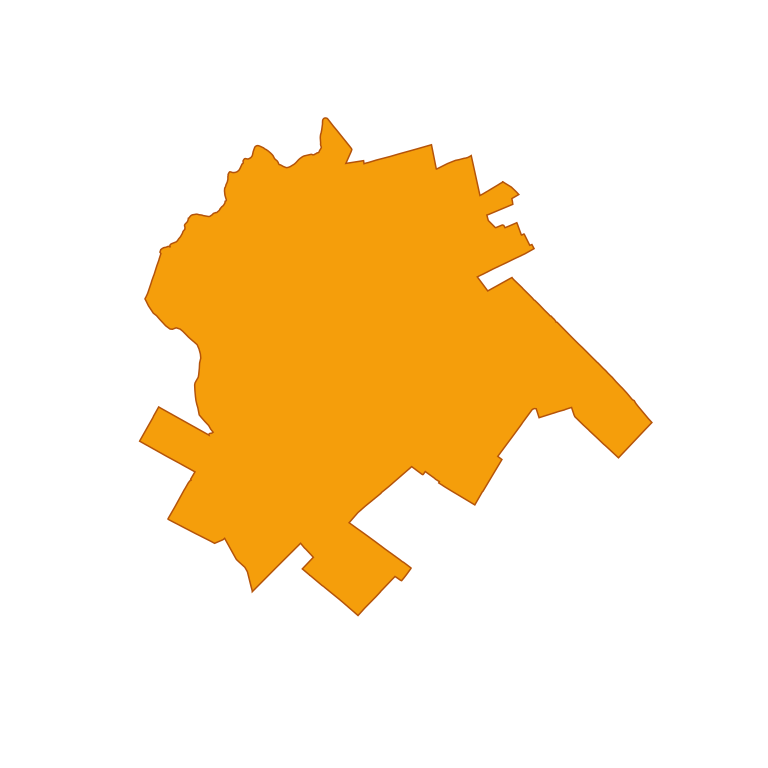 Ileana, Calarasi, Romania, rotated 115°
{"feature_id": "2599482B99093410988413", "entity_name": "Ileana", "entity_type": "district", "adm_level": 2, "iso_a3": "ROU", "parent_name": "Romania", "parent_adm1": "Calarasi", "projection": "orthographic", "projection_center": [26.682, 44.52], "detail": "fine", "context": "isolated", "style": "filled", "palette": "amber", "viewbox_px": 768, "rotation_deg": 115, "n_neighbors": 0, "source": "geoboundaries", "source_scale": "gbopen_adm2", "svg_char_len": 6135}
<svg xmlns="http://www.w3.org/2000/svg" viewBox="0 0 768 768"><g transform="rotate(115 384 384)"><path d="M539.1,581.3L541.4,550.5L542.1,538.7L543.5,518.2L544.6,518.3L552.0,519.0L552.6,518.2L554.0,519.1L556.4,519.6L563.6,520.2L563.9,520.3L583.7,521.6L597.4,522.8L597.8,522.6L597.9,522.4L599.2,492.0L599.7,474.9L600.0,470.2L593.5,464.4L592.6,463.8L591.2,463.2L603.8,445.9L605.3,443.8L605.5,443.4L606.6,440.1L608.9,432.7L610.0,431.1L611.8,428.6L612.2,428.2L623.7,418.9L627.0,416.1L627.9,415.6L595.3,403.9L563.6,392.3L566.2,386.8L566.8,384.9L570.9,374.8L586.1,379.9L588.5,371.0L588.8,370.5L588.8,369.7L589.1,368.6L592.8,354.9L592.9,354.0L598.3,332.5L600.2,325.7L604.8,309.7L595.1,306.7L579.5,301.2L573.9,299.4L573.8,299.5L562.6,295.7L558.1,294.2L554.5,292.9L553.8,292.7L554.2,289.9L554.8,286.7L554.9,285.8L554.8,284.9L551.4,284.0L547.0,283.0L539.7,281.6L539.3,281.8L537.3,291.0L537.3,291.5L537.3,292.2L536.5,295.6L533.2,312.9L530.5,325.7L527.9,338.9L526.1,348.7L524.5,357.0L511.6,353.3L502.7,349.4L484.4,340.6L483.3,340.4L475.1,336.4L447.2,324.0L449.7,311.9L449.8,311.0L449.7,310.5L449.3,310.2L445.9,309.6L448.1,298.2L448.5,297.2L449.1,292.5L450.5,292.6L451.5,285.6L452.4,277.7L455.2,250.6L440.0,249.3L439.5,249.0L402.6,245.2L401.5,250.3L374.1,244.7L362.0,242.3L360.9,242.2L344.6,238.9L344.0,238.5L342.8,237.5L342.1,235.6L349.0,229.2L335.1,214.1L331.0,209.3L330.6,209.1L326.6,204.8L326.0,204.1L331.6,198.8L333.0,197.2L337.1,185.5L338.7,180.4L339.2,178.9L339.6,178.0L343.1,167.2L345.2,161.1L345.8,159.3L346.2,157.7L351.8,140.3L313.6,127.6L305.7,124.9L303.6,129.9L296.8,144.4L295.1,147.7L293.4,150.1L293.3,150.6L293.3,151.3L293.2,152.3L292.5,153.9L290.7,157.7L289.5,160.3L288.8,162.0L287.0,166.3L286.2,168.6L283.8,174.8L281.8,179.3L281.6,179.6L280.9,181.8L279.5,185.7L278.4,188.2L277.0,192.4L274.4,199.2L274.4,199.6L271.7,207.1L267.3,219.1L265.5,224.6L263.8,229.3L260.9,237.2L259.0,242.2L254.9,253.2L255.2,254.2L255.0,254.4L254.4,255.2L253.4,257.1L252.6,259.5L251.9,261.1L251.9,261.7L252.0,262.7L251.8,263.0L251.6,263.3L251.1,264.6L249.2,270.0L246.6,276.6L244.5,282.6L244.4,283.8L243.5,285.6L242.6,288.0L238.8,298.6L238.5,299.1L234.7,310.2L233.9,312.2L233.4,313.0L235.1,314.3L255.8,329.3L247.5,344.7L244.6,342.4L242.6,340.7L234.1,334.1L220.7,323.0L216.2,319.4L206.3,311.2L197.9,305.2L195.1,308.9L196.7,310.5L188.9,320.3L188.9,320.5L189.0,320.7L190.8,322.1L190.8,322.4L190.7,322.7L182.7,330.7L181.7,331.8L188.1,337.5L191.2,340.4L189.7,342.4L189.7,343.2L189.8,343.8L190.3,344.4L195.0,348.7L195.2,349.2L191.9,358.2L191.5,358.8L187.4,362.2L186.1,360.8L166.7,343.2L164.2,344.8L161.9,346.5L155.3,341.9L154.0,345.1L151.7,351.8L150.8,359.9L150.5,361.7L150.6,362.0L150.9,361.9L151.4,362.0L152.7,363.1L155.8,365.1L170.1,374.8L172.6,376.7L140.1,401.5L140.9,402.0L141.6,402.5L143.3,403.8L143.9,404.5L144.8,405.5L145.6,406.8L148.9,410.7L151.1,413.7L153.4,415.9L157.5,419.7L166.9,427.1L167.0,427.5L147.1,442.1L157.1,453.6L169.4,468.0L175.3,474.7L184.3,485.6L189.9,491.8L191.3,493.6L192.8,495.2L190.2,496.9L200.2,511.8L187.5,512.0L185.2,512.2L184.7,512.6L184.3,513.2L183.1,515.5L173.8,534.4L171.7,538.9L167.5,547.1L167.3,547.6L167.4,548.8L167.8,549.9L168.8,550.8L170.0,551.1L171.1,551.0L172.9,550.3L174.4,549.6L179.8,547.9L183.0,547.1L184.2,547.0L185.4,546.7L187.1,546.1L188.0,545.7L192.3,543.3L193.6,542.8L194.6,542.1L195.8,540.9L197.3,540.7L199.5,541.0L201.5,541.0L202.1,541.3L202.5,541.8L202.8,542.3L204.4,543.3L204.9,543.8L205.9,544.4L206.4,545.4L206.4,545.8L206.4,546.5L206.7,547.2L211.0,552.7L211.6,553.3L212.7,554.1L215.0,555.4L216.8,556.2L220.4,557.3L222.6,558.2L226.8,561.0L228.3,562.5L229.2,563.9L229.4,567.2L229.2,569.6L229.2,570.9L229.4,571.5L229.1,572.4L227.9,573.6L227.0,575.0L226.2,577.9L225.8,578.7L224.0,581.0L223.5,582.0L222.7,584.1L221.8,587.2L221.3,590.0L221.4,590.6L221.2,591.7L220.9,593.0L220.9,594.2L220.9,596.5L221.0,598.1L221.2,598.9L221.5,599.6L222.1,600.3L223.0,600.9L224.0,601.2L228.4,600.8L232.5,599.9L233.8,600.0L235.2,600.4L237.2,601.9L237.7,602.6L238.3,605.0L238.7,605.5L239.4,605.8L240.7,606.0L241.5,606.0L242.9,605.1L243.8,605.1L244.5,605.6L244.9,605.6L249.6,605.6L251.5,605.8L253.3,606.6L254.0,607.1L254.8,607.9L255.5,608.8L255.7,609.4L256.1,609.8L256.5,611.4L256.5,612.0L256.8,613.3L257.1,613.6L257.9,613.8L259.9,613.9L260.7,613.4L261.6,613.3L264.4,612.0L267.3,611.4L270.2,611.4L271.0,611.2L272.7,611.0L273.2,611.0L273.4,611.1L273.7,611.2L276.6,610.1L277.3,609.6L278.5,609.0L278.8,608.7L279.4,608.4L279.7,608.1L279.9,608.1L282.1,606.2L283.6,604.8L284.2,604.5L285.2,604.8L285.5,605.2L287.2,604.7L289.4,604.9L290.8,605.3L291.9,605.9L294.1,606.5L294.5,606.4L294.9,606.7L296.1,606.6L299.2,608.0L299.6,608.5L299.9,609.1L300.4,609.5L300.6,609.8L301.5,610.7L303.3,611.3L305.7,612.7L306.3,613.6L306.5,614.3L307.8,619.2L307.8,619.9L308.1,621.2L308.8,623.3L308.9,624.4L309.1,625.1L309.4,625.9L310.1,626.9L311.6,629.1L312.4,629.8L313.3,630.3L314.8,630.7L315.8,630.8L316.4,631.4L316.8,631.3L317.2,631.1L317.7,631.0L318.9,630.8L320.1,630.8L323.4,631.9L324.3,631.9L325.0,631.6L325.9,630.7L327.7,630.0L328.1,629.9L330.0,630.5L331.0,630.6L332.7,630.4L336.6,630.7L339.5,631.5L341.1,631.7L342.4,632.1L343.0,632.4L346.5,635.7L347.3,636.3L348.1,636.6L349.0,636.6L350.0,635.8L350.2,636.0L350.3,637.3L350.5,637.7L350.6,637.9L351.7,638.9L352.4,639.6L352.8,640.3L353.6,641.3L354.8,642.2L356.5,643.1L359.2,642.8L359.8,641.8L360.1,641.3L365.8,640.6L366.7,640.4L373.2,639.8L382.1,638.6L382.8,638.6L388.3,638.1L391.0,637.7L400.8,636.6L402.0,636.5L405.9,636.5L406.5,636.6L407.9,636.6L409.0,635.1L412.7,630.5L417.3,623.0L418.2,619.0L420.1,614.8L423.5,606.5L424.6,601.2L423.8,598.9L420.9,596.1L420.4,592.0L421.2,588.8L422.6,585.0L424.1,581.1L425.1,577.8L425.9,574.9L427.3,570.0L430.5,566.4L434.4,563.1L438.0,561.0L442.9,560.0L447.8,558.0L453.8,555.9L456.4,555.2L460.9,555.6L462.9,555.7L464.9,555.2L470.2,552.4L475.2,549.5L478.5,547.4L481.6,545.0L484.3,542.6L490.1,538.4L491.6,535.2L493.6,530.7L495.7,525.4L498.2,521.9L499.9,518.5L501.4,519.4L501.7,519.7L502.0,520.5L502.8,521.3L503.4,521.4L503.9,521.5L504.3,521.1L500.2,576.7L500.0,578.5L510.7,579.3L511.7,579.2L538.3,581.3L539.1,581.3Z" fill="#f59e0b" stroke="#b45309" stroke-width="1.5"/></g></svg>